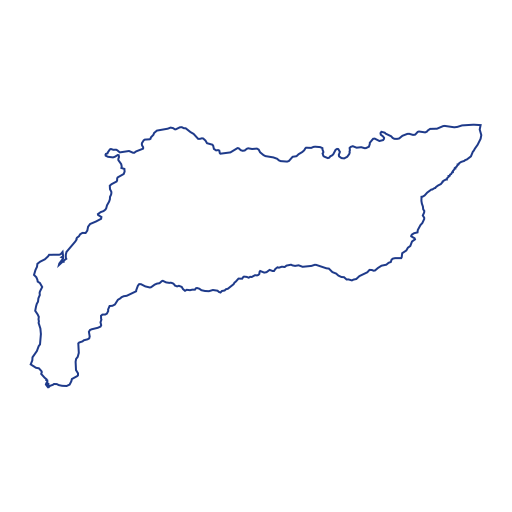 outline of Marisel, Cluj, Romania
{"feature_id": "2599482B88504736403182", "entity_name": "Marisel", "entity_type": "district", "adm_level": 2, "iso_a3": "ROU", "parent_name": "Romania", "parent_adm1": "Cluj", "projection": "robinson", "projection_center": [23.156, 46.66], "detail": "fine", "context": "isolated", "style": "outline", "palette": "blue", "viewbox_px": 512, "rotation_deg": 0, "n_neighbors": 0, "source": "geoboundaries", "source_scale": "gbopen_adm2", "svg_char_len": 6015}
<svg xmlns="http://www.w3.org/2000/svg" viewBox="0 0 512 512"><path d="M417.5,232.4L417.8,230.0L420.5,225.0L422.3,223.1L424.2,219.0L424.2,217.7L422.8,215.5L424.1,212.6L424.3,211.0L423.2,209.3L422.9,206.5L421.9,203.7L421.4,200.9L421.5,196.8L422.5,196.7L424.6,195.5L427.2,192.6L431.4,189.5L432.3,189.5L434.5,188.1L435.3,188.0L436.0,187.0L438.2,185.4L440.8,184.1L442.7,181.9L442.6,181.5L443.7,180.7L446.3,179.3L446.8,179.5L447.3,178.0L448.7,176.7L448.6,176.0L449.6,175.9L450.1,174.6L451.2,174.0L452.4,171.9L452.9,172.0L453.0,170.9L454.5,169.2L454.6,168.5L455.3,168.4L455.1,167.8L456.6,166.7L457.4,165.2L457.9,164.9L457.8,164.4L458.5,164.4L459.3,163.1L461.2,161.9L464.3,160.9L465.3,160.0L466.7,159.6L470.9,156.4L472.9,151.6L473.7,150.8L474.9,148.6L477.6,144.8L480.6,138.8L481.3,135.1L479.7,129.5L480.6,125.1L473.6,124.7L462.1,125.4L457.4,126.9L454.3,127.3L444.7,125.9L443.1,126.1L437.0,128.7L430.1,128.9L427.8,130.5L426.8,131.7L425.1,132.4L419.0,131.5L417.7,131.9L415.2,134.6L414.3,134.8L413.0,134.9L409.2,133.8L407.3,133.9L402.4,135.8L399.1,138.5L397.0,138.9L394.3,138.8L392.6,137.9L391.2,136.3L385.6,133.6L384.8,132.7L381.4,131.8L380.5,133.1L380.8,134.7L383.0,136.4L384.1,137.8L384.0,138.8L383.1,140.1L379.4,141.0L374.7,138.6L373.1,138.8L369.8,142.8L369.8,144.0L368.9,146.7L366.0,148.1L364.7,148.2L361.2,147.2L356.6,147.7L352.8,146.2L350.7,146.9L349.6,148.0L349.9,150.1L349.5,151.8L349.7,152.6L349.2,154.1L347.2,156.8L344.2,158.4L341.5,158.1L339.1,156.4L338.8,154.9L339.9,151.9L338.3,149.1L337.1,148.9L335.6,149.8L333.2,154.4L331.8,155.6L330.4,156.2L329.2,157.7L327.8,158.1L324.2,156.6L323.3,155.8L322.6,153.4L323.3,152.6L323.3,151.6L322.5,149.6L322.4,148.1L320.1,147.1L315.2,146.7L313.5,146.9L311.2,147.9L306.1,147.7L305.3,148.4L304.2,150.3L302.3,152.0L298.6,154.2L296.5,156.2L292.6,156.8L288.9,161.0L287.1,161.6L280.6,161.1L278.8,160.3L277.2,158.8L273.3,157.4L265.4,156.1L263.5,155.1L260.1,152.3L258.7,149.6L256.9,148.6L252.1,149.0L248.2,148.3L246.8,148.8L244.7,150.5L242.7,150.8L240.8,150.2L238.7,148.3L237.5,148.1L230.4,152.4L220.4,153.7L219.8,153.1L219.3,150.6L218.1,150.1L216.1,150.4L213.9,148.9L213.2,145.8L212.4,144.7L207.0,143.2L205.5,140.6L203.2,138.5L201.9,138.3L199.8,138.9L198.2,138.9L193.6,133.9L190.5,132.1L185.7,128.3L183.8,128.2L181.8,127.2L179.9,127.3L175.8,129.3L174.9,129.3L173.0,128.1L170.6,127.6L167.7,128.7L156.9,130.6L154.1,133.0L153.4,134.8L150.9,137.4L150.5,138.8L149.6,139.3L144.8,139.6L143.7,140.3L142.0,143.0L141.8,144.1L142.1,145.5L143.1,147.1L143.2,148.1L143.0,148.7L136.1,151.4L134.2,152.8L132.9,152.7L129.0,151.0L119.8,152.4L117.3,150.3L116.1,149.7L113.4,149.8L110.9,149.0L109.9,149.4L107.8,152.4L107.5,153.4L105.9,153.9L105.5,154.8L105.7,155.7L108.0,156.8L113.0,157.4L114.8,156.8L117.8,155.0L118.7,155.2L119.0,157.0L118.3,159.0L118.4,160.2L121.2,164.1L121.7,166.4L121.4,168.0L124.4,168.9L124.6,171.6L123.7,174.0L117.7,177.4L117.2,178.3L117.1,180.4L116.6,181.5L111.5,184.2L109.8,185.7L110.0,189.2L111.3,191.7L111.4,192.9L111.1,194.6L110.0,196.9L109.9,199.2L109.1,201.6L107.0,205.3L106.2,208.3L105.4,209.6L103.5,211.1L100.7,212.1L97.9,214.1L98.1,215.0L101.4,217.0L101.1,218.8L96.0,221.5L90.1,224.0L88.1,226.7L87.3,230.6L85.6,233.0L82.4,232.9L80.1,234.3L79.0,236.2L76.9,237.8L76.4,239.0L76.6,239.5L75.3,241.5L66.5,251.9L65.8,254.7L65.8,257.6L66.3,258.8L64.9,259.7L63.6,261.1L63.6,261.8L62.5,261.8L58.9,265.1L59.3,263.5L63.0,258.6L63.0,257.7L61.6,257.2L63.1,256.1L62.6,251.9L60.8,254.1L59.5,254.7L49.1,254.8L48.1,256.3L44.9,259.3L40.1,261.7L37.4,263.8L37.0,266.8L35.5,269.9L34.0,274.9L36.3,277.2L37.4,279.8L37.7,281.6L39.9,283.0L42.2,287.0L39.9,291.6L39.6,292.9L39.8,295.0L38.4,298.3L38.0,301.7L36.8,303.8L36.1,306.2L35.2,310.8L37.7,314.5L38.8,316.9L38.5,319.2L38.9,321.3L38.6,322.9L40.4,328.6L40.9,334.1L40.0,344.4L38.7,346.1L36.9,351.0L32.5,357.3L32.3,360.4L30.7,364.4L36.0,367.8L38.9,368.3L41.5,371.2L41.8,372.1L41.2,373.9L44.6,377.7L46.5,379.3L46.3,380.1L47.3,380.4L47.4,381.4L46.6,382.8L48.4,383.7L48.4,384.6L47.8,385.6L46.0,384.2L45.9,384.5L48.0,387.3L48.7,387.2L49.9,385.9L52.9,384.8L54.0,384.0L56.8,384.1L58.8,385.1L62.1,385.8L66.6,386.0L69.6,384.6L71.3,381.3L71.9,379.0L77.4,376.0L78.0,375.2L78.0,373.3L76.0,370.1L75.6,361.8L76.1,358.9L77.7,356.9L78.8,352.9L78.3,343.4L79.2,342.5L82.5,341.4L83.8,340.3L87.6,339.3L89.2,338.4L89.7,336.5L88.9,331.8L90.0,330.0L91.6,329.3L97.8,327.8L100.5,326.6L101.2,325.2L100.5,322.3L101.4,319.6L101.1,318.8L101.0,315.8L102.4,314.6L105.3,314.5L106.9,313.6L108.2,311.0L108.1,309.5L109.6,306.0L112.4,305.8L114.9,304.5L117.9,299.8L120.4,298.3L121.5,297.2L123.8,296.2L126.7,295.8L136.1,291.3L136.3,290.0L137.9,285.7L139.2,284.1L141.0,284.2L145.3,286.4L149.9,287.5L151.1,287.2L154.7,284.6L157.0,283.6L159.5,283.2L161.9,281.1L162.8,280.8L166.1,282.4L169.4,282.9L170.8,282.7L172.8,283.3L174.3,284.5L174.8,285.5L177.1,286.4L178.9,285.8L181.7,286.9L183.0,289.1L185.0,290.8L186.7,289.8L190.0,290.2L192.1,289.7L194.9,289.7L195.9,288.3L197.0,288.0L199.3,288.7L201.4,290.2L205.0,291.0L208.9,291.2L212.9,290.0L217.5,290.7L219.0,292.0L220.5,292.5L221.9,291.0L224.6,290.5L226.0,289.2L227.8,288.8L233.6,284.2L234.5,282.6L235.7,281.7L238.5,278.6L242.1,278.7L243.3,277.0L244.0,276.6L246.7,276.9L248.7,277.7L250.2,276.8L251.7,277.0L255.0,275.2L257.1,275.4L258.4,274.9L259.3,274.0L259.6,271.8L260.2,271.0L264.2,272.6L266.5,272.2L269.6,269.9L272.6,271.0L274.0,271.0L275.4,268.9L277.5,267.3L278.9,267.7L281.9,266.7L284.7,267.0L286.5,265.6L291.0,264.7L292.5,265.4L295.1,265.9L298.6,265.3L302.6,266.8L311.5,265.9L314.8,264.8L316.2,264.9L326.4,268.3L328.9,268.6L332.4,272.1L336.2,273.6L338.4,275.6L341.4,277.0L344.0,277.2L346.6,279.5L348.4,279.4L351.9,280.4L353.5,279.6L356.3,279.0L359.4,276.1L367.3,272.3L369.5,269.9L371.9,270.0L373.5,270.7L375.0,270.5L377.9,268.0L381.5,265.7L386.3,264.7L388.6,262.8L390.8,262.0L391.6,259.6L392.9,258.6L395.3,258.1L401.2,258.1L401.7,257.2L402.2,253.2L406.3,250.5L407.9,247.7L410.3,246.0L412.0,241.5L415.0,239.4L414.6,238.3L411.2,236.3L411.3,235.5L412.0,234.5L414.1,233.2L417.5,232.4Z" fill="none" stroke="#1e3a8a" stroke-width="2"/></svg>